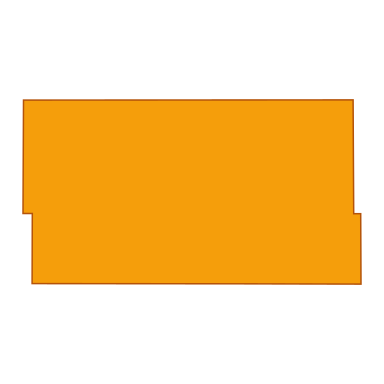 Cavalier, North Dakota, United States of America (Equal Earth projection)
{"feature_id": "52423323B74139134626604", "entity_name": "Cavalier", "entity_type": "district", "adm_level": 2, "iso_a3": "USA", "parent_name": "United States of America", "parent_adm1": "North Dakota", "projection": "equal_earth", "projection_center": [-98.452, 48.772], "detail": "fine", "context": "isolated", "style": "filled", "palette": "amber", "viewbox_px": 384, "rotation_deg": 0, "n_neighbors": 0, "source": "geoboundaries", "source_scale": "gbopen_adm2", "svg_char_len": 269}
<svg xmlns="http://www.w3.org/2000/svg" viewBox="0 0 384 384"><path d="M32.1,283.6L237.7,283.8L361.0,284.1L360.7,213.7L353.7,213.7L353.1,99.9L352.8,99.9L184.0,100.0L23.5,100.1L23.0,213.5L32.3,213.5L32.1,283.6Z" fill="#f59e0b" stroke="#b45309" stroke-width="1.5"/></svg>